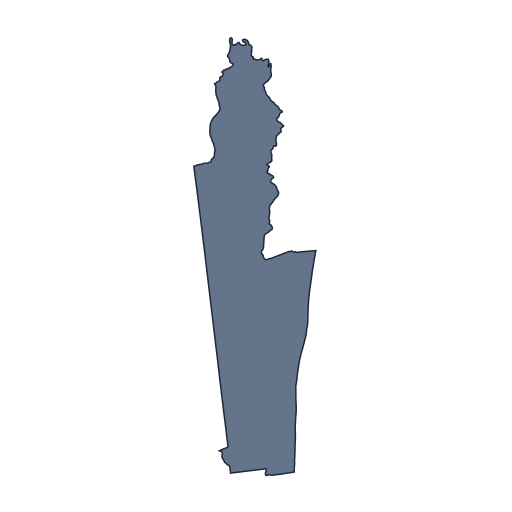 outline of Belterra, Pará, Brazil, rotated 173°
{"feature_id": "56859067B15515313169577", "entity_name": "Belterra", "entity_type": "district", "adm_level": 2, "iso_a3": "BRA", "parent_name": "Brazil", "parent_adm1": "Pará", "projection": "robinson", "projection_center": [-55.04, -3.248], "detail": "fine", "context": "isolated", "style": "filled", "palette": "slate", "viewbox_px": 512, "rotation_deg": 173, "n_neighbors": 0, "source": "geoboundaries", "source_scale": "gbopen_adm2", "svg_char_len": 5663}
<svg xmlns="http://www.w3.org/2000/svg" viewBox="0 0 512 512"><g transform="rotate(173 256 256)"><path d="M220.2,450.0L221.0,450.0L222.3,449.9L224.0,449.5L224.7,449.0L225.8,449.2L226.3,451.6L227.2,451.3L228.1,450.8L229.1,450.4L230.8,450.4L231.8,450.8L232.7,451.4L233.5,451.5L234.8,451.9L234.4,453.1L234.8,454.2L235.7,454.6L236.3,456.0L235.8,458.3L235.1,460.2L235.5,461.2L234.9,462.3L234.6,463.2L234.7,464.4L235.3,465.5L236.0,466.1L237.1,466.6L237.4,468.6L237.8,469.8L238.3,470.8L239.2,471.7L240.3,472.3L241.5,472.5L242.4,472.4L243.1,471.9L243.0,470.9L242.4,470.1L240.4,468.7L240.0,467.8L240.6,466.8L242.1,466.6L243.0,466.6L245.3,467.4L246.0,468.0L246.8,470.0L247.7,469.9L248.7,469.4L249.5,468.1L250.9,468.7L251.8,467.8L252.7,467.8L253.5,468.8L253.8,470.1L253.8,471.1L253.3,472.7L253.1,473.8L253.4,474.9L254.0,475.6L255.1,475.3L255.7,474.4L256.0,472.6L255.9,471.1L255.7,469.8L255.6,468.2L255.7,467.2L256.2,466.1L256.7,463.7L257.1,462.4L259.4,459.0L259.9,458.1L259.7,457.0L259.0,456.4L258.5,455.6L258.3,454.4L258.4,453.1L258.3,452.1L257.7,451.0L257.0,450.6L256.2,450.2L255.5,449.6L255.7,448.5L256.3,447.5L257.4,446.8L258.7,446.4L259.7,445.8L260.5,445.5L262.1,445.3L263.2,444.9L264.0,444.2L264.9,444.5L265.9,444.1L266.6,443.3L267.5,442.7L266.8,442.0L266.4,440.9L266.6,439.9L267.1,439.1L268.2,438.2L269.3,438.2L270.1,437.4L270.4,436.1L270.4,434.9L270.9,434.1L271.8,434.0L272.9,433.7L273.6,433.3L274.2,432.7L275.4,432.3L276.1,432.0L275.2,429.5L275.2,428.0L275.6,426.4L275.8,425.2L275.9,423.3L275.9,421.3L275.8,420.2L275.5,418.7L275.1,417.4L275.0,416.0L274.7,415.0L274.0,413.2L274.1,412.2L274.1,410.6L274.0,409.4L274.0,408.3L273.7,407.0L273.8,405.9L274.6,405.2L275.3,403.7L276.8,402.3L277.7,401.4L278.9,400.5L279.7,399.8L281.1,398.7L281.7,398.1L282.2,397.4L283.2,396.2L284.6,393.9L285.2,392.4L285.6,391.5L285.7,389.9L286.1,388.6L286.3,387.2L286.5,385.9L286.7,384.8L286.8,383.7L286.7,381.6L286.4,380.1L285.9,378.2L285.5,376.5L285.3,374.8L284.5,373.4L284.3,371.5L284.1,370.3L284.0,368.6L283.7,366.7L283.8,365.8L284.3,364.8L284.6,363.7L284.7,362.2L285.3,360.3L286.0,359.1L287.4,357.9L288.4,357.3L288.8,356.2L289.2,355.3L289.8,354.8L291.1,354.6L292.5,354.2L293.2,354.0L294.2,354.1L295.4,354.3L297.0,354.2L298.3,353.9L300.3,353.6L301.9,353.7L303.5,353.4L304.4,353.2L305.9,352.7L306.8,352.7L306.6,326.3L306.5,296.9L306.5,266.9L306.8,172.2L306.8,163.6L306.8,156.1L306.9,154.3L307.0,109.2L307.0,107.9L307.0,78.0L307.0,72.9L307.0,71.9L307.0,70.4L307.6,69.6L309.5,69.1L311.2,68.6L312.2,68.4L316.1,67.1L315.3,66.6L314.3,66.4L313.6,65.6L313.5,64.2L313.9,62.7L314.2,61.3L314.0,59.2L313.4,58.1L313.0,57.3L312.2,54.9L311.5,54.4L310.8,53.8L310.1,52.6L309.2,51.7L307.9,51.1L307.7,47.6L307.7,43.6L304.2,43.6L293.1,43.6L272.2,43.6L271.9,42.7L272.2,41.3L272.9,40.0L273.3,38.4L272.9,37.2L271.5,36.8L270.6,37.1L269.6,37.3L268.6,37.1L267.6,36.5L260.5,36.4L244.4,36.9L244.1,38.9L244.0,39.9L243.9,40.9L243.6,41.9L243.3,43.8L243.0,44.8L242.8,45.8L242.8,46.9L242.7,48.3L242.4,49.4L242.2,51.1L241.9,52.3L241.6,54.4L240.7,60.3L240.4,62.8L239.5,67.7L238.8,72.6L238.5,75.7L238.3,78.6L237.8,82.4L237.1,85.9L236.4,90.4L235.3,95.4L234.6,100.0L233.8,109.8L232.6,119.6L232.4,121.9L230.5,128.4L229.1,134.7L227.5,140.2L226.9,142.4L225.5,147.2L223.3,153.2L220.3,160.4L219.1,163.4L217.2,168.1L215.9,171.6L215.1,175.0L214.6,177.4L214.2,178.5L213.5,180.1L212.8,183.7L211.6,191.4L211.2,194.4L210.2,200.2L209.0,206.7L207.3,213.9L205.4,220.9L203.6,227.6L202.3,232.8L200.4,239.2L198.6,245.6L195.9,254.1L209.3,254.6L211.9,254.6L214.9,254.7L215.8,254.9L216.5,255.5L217.4,255.2L218.2,255.3L219.8,256.6L220.6,256.6L221.4,256.1L222.6,256.5L240.2,252.1L242.0,251.7L243.2,251.8L244.4,251.3L245.5,251.1L246.5,251.2L247.5,251.6L248.2,252.6L248.8,254.1L248.8,255.3L249.0,256.2L250.3,258.1L250.2,259.3L249.8,260.2L248.3,261.9L247.7,262.8L247.4,264.2L246.9,267.1L246.6,268.2L246.5,269.6L246.1,271.3L245.8,273.0L245.1,275.6L244.1,276.7L241.1,278.0L237.9,280.0L236.9,280.4L236.3,281.4L236.5,282.7L236.8,284.0L237.8,285.5L238.8,286.2L239.0,287.5L238.2,288.4L238.1,289.7L238.6,290.7L238.6,292.3L238.2,293.4L237.8,294.3L237.7,295.5L237.2,296.8L237.0,298.1L236.9,301.1L236.7,302.6L236.4,303.8L235.6,304.8L233.3,307.0L231.7,309.0L230.2,310.5L227.8,312.4L226.9,313.4L226.3,314.3L225.8,316.3L225.9,317.2L226.8,318.9L227.1,319.9L227.1,320.9L227.3,322.1L229.0,324.7L229.8,325.2L230.8,326.3L231.9,327.0L232.5,327.7L232.4,328.8L231.8,329.6L231.0,330.5L229.0,331.7L229.1,332.9L229.9,333.7L230.9,334.2L231.7,334.9L232.6,336.1L234.6,336.8L235.1,338.2L234.3,338.6L233.6,339.5L233.6,340.5L233.3,341.4L232.7,342.1L231.9,342.8L232.1,343.8L232.9,344.4L234.1,345.0L233.5,345.9L231.6,346.9L229.9,347.5L228.7,348.4L228.4,352.3L228.0,353.8L228.0,354.8L228.3,356.0L228.7,357.1L228.6,358.1L227.8,359.2L226.2,360.7L225.3,362.7L224.2,363.2L223.4,362.6L222.4,363.0L222.0,364.5L221.9,366.0L222.1,367.6L222.0,369.5L221.2,371.8L221.0,372.8L220.1,373.5L219.2,373.9L218.3,374.9L216.0,376.1L215.9,377.0L216.1,378.3L215.8,379.5L215.1,380.1L212.9,381.4L212.9,382.4L213.8,382.7L214.9,384.7L215.8,385.5L218.1,387.0L218.5,387.8L218.9,388.8L218.6,389.8L216.7,391.2L216.0,392.3L215.8,393.2L215.2,394.2L214.3,395.0L212.5,395.7L212.4,396.8L214.1,397.8L214.9,398.5L215.5,400.7L216.1,401.7L217.1,402.7L218.0,403.3L219.0,404.9L219.5,406.1L222.3,408.3L222.8,410.4L223.7,412.0L225.2,413.7L225.7,414.4L226.3,416.4L226.4,417.6L227.2,419.5L227.3,421.0L227.1,422.4L227.8,423.3L228.0,424.3L227.4,425.6L225.9,426.6L223.9,427.7L222.3,428.8L218.8,432.7L218.7,435.2L218.9,438.0L217.7,443.1L217.9,444.2L217.9,445.3L218.7,445.2L220.3,442.2L221.0,442.7L220.8,443.6L220.3,444.4L219.8,445.5L219.6,446.8L219.5,448.9L220.2,450.0Z" fill="#64748b" stroke="#1e293b" stroke-width="1.5"/></g></svg>